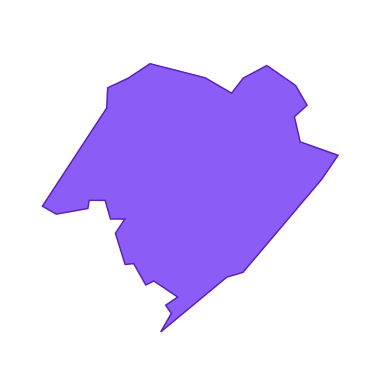 outline of Wirt, West Virginia, United States of America, rotated 171°
{"feature_id": "52423323B46125568158444", "entity_name": "Wirt", "entity_type": "district", "adm_level": 2, "iso_a3": "USA", "parent_name": "United States of America", "parent_adm1": "West Virginia", "projection": "orthographic", "projection_center": [-81.353, 39.041], "detail": "fine", "context": "isolated", "style": "filled", "palette": "violet", "viewbox_px": 384, "rotation_deg": 171, "n_neighbors": 0, "source": "geoboundaries", "source_scale": "gbopen_adm2", "svg_char_len": 555}
<svg xmlns="http://www.w3.org/2000/svg" viewBox="0 0 384 384"><g transform="rotate(171 192 192)"><path d="M244.8,58.7L170.9,102.5L154.2,104.7L62.1,184.1L42.0,205.4L77.3,224.6L79.1,250.3L64.8,259.7L73.0,281.0L98.3,305.2L123.6,296.5L137.4,283.4L161.1,302.7L213.4,325.3L237.2,314.4L259.0,308.1L263.1,288.3L342.0,201.4L329.6,191.4L297.4,192.0L294.9,199.9L279.1,197.3L276.7,178.1L262.6,175.8L274.1,163.2L269.4,130.9L260.8,130.4L252.2,107.4L243.6,110.1L222.6,90.5L235.7,84.3L231.4,75.3L244.8,58.7Z" fill="#8b5cf6" stroke="#5b21b6" stroke-width="1.5"/></g></svg>